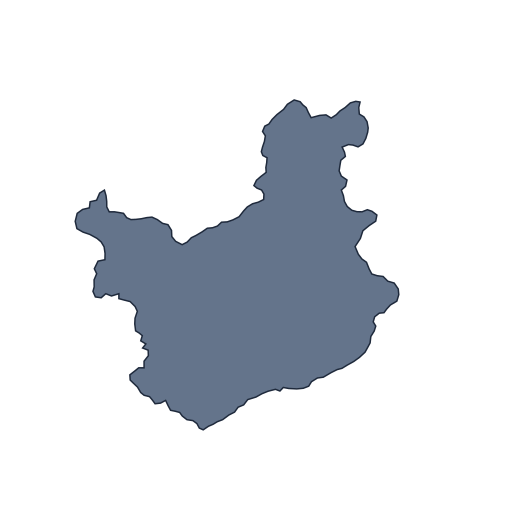 outline of Virgolândia, Minas Gerais, Brazil, rotated 234°
{"feature_id": "56859067B35408041837441", "entity_name": "Virgolândia", "entity_type": "district", "adm_level": 2, "iso_a3": "BRA", "parent_name": "Brazil", "parent_adm1": "Minas Gerais", "projection": "natural_earth1", "projection_center": [-42.302, -18.462], "detail": "fine", "context": "isolated", "style": "filled", "palette": "slate", "viewbox_px": 512, "rotation_deg": 234, "n_neighbors": 0, "source": "geoboundaries", "source_scale": "gbopen_adm2", "svg_char_len": 2890}
<svg xmlns="http://www.w3.org/2000/svg" viewBox="0 0 512 512"><g transform="rotate(234 256 256)"><path d="M359.8,378.6L360.3,370.6L358.4,364.5L358.1,356.1L357.0,349.3L355.2,344.0L355.9,339.4L352.9,334.5L347.7,334.2L343.7,330.1L340.3,325.3L337.2,321.6L333.3,320.6L329.0,322.7L325.3,319.6L321.8,316.0L317.7,313.4L317.5,306.7L317.0,300.9L314.2,295.7L310.3,296.7L306.1,299.3L301.4,298.8L297.2,295.4L298.2,289.5L300.3,283.9L300.8,277.8L299.7,272.4L297.7,265.4L298.8,258.5L300.5,252.8L303.6,248.0L302.9,242.4L304.4,237.4L307.1,232.9L307.2,226.6L307.9,219.4L308.8,214.4L307.7,208.5L308.6,202.9L315.1,199.6L321.2,199.3L326.4,202.7L333.1,203.2L337.3,199.6L343.4,197.6L348.6,194.7L351.2,190.3L353.6,185.0L356.2,180.4L359.0,176.2L363.0,173.9L368.4,173.9L371.6,170.8L374.9,167.5L378.0,163.2L383.4,164.1L387.9,167.3L392.9,170.1L398.4,172.1L398.8,166.5L394.8,159.8L397.4,153.7L392.9,149.5L395.6,143.1L395.6,136.4L390.3,130.1L383.4,127.2L377.0,130.1L371.2,134.2L363.8,137.7L358.4,139.0L352.7,138.5L346.8,135.4L341.8,131.6L344.7,125.2L340.7,117.7L335.3,116.7L331.9,111.0L326.1,106.9L323.2,103.3L317.3,102.0L313.2,106.2L313.8,112.3L308.6,115.6L306.1,122.9L302.1,120.0L297.9,123.4L293.1,127.4L286.2,128.5L281.0,127.5L276.8,121.6L272.3,118.0L266.2,114.6L262.4,116.2L258.4,117.2L255.1,112.9L249.6,115.2L248.2,110.2L243.2,113.4L238.6,110.3L236.7,103.6L231.3,99.7L234.5,95.4L234.2,90.3L234.0,84.1L229.6,81.3L224.9,82.1L219.7,83.1L213.3,82.5L209.1,83.6L204.8,87.2L200.3,87.5L195.8,87.5L193.1,92.3L192.3,98.0L186.5,96.9L181.4,96.2L178.0,99.3L174.3,102.3L169.8,102.3L164.2,103.9L159.9,108.2L155.1,109.7L150.1,109.0L146.4,111.1L146.2,117.5L145.1,122.3L144.7,127.2L143.2,132.8L143.3,140.6L142.3,146.9L144.2,152.6L142.8,158.5L144.7,164.9L141.9,173.1L141.1,179.8L139.5,186.3L136.7,193.4L132.7,196.0L133.6,200.8L129.5,204.7L124.5,210.9L121.2,216.5L119.7,222.1L121.7,227.0L121.2,234.0L118.4,239.2L117.5,248.3L116.4,254.9L114.6,259.5L114.1,265.9L113.2,273.1L113.2,280.3L114.1,287.7L116.3,292.4L118.6,297.2L123.4,301.6L125.8,307.5L128.9,311.7L133.8,312.1L137.1,316.3L137.3,322.1L134.9,326.2L136.3,330.6L137.4,336.0L136.7,343.4L140.8,348.8L145.7,351.7L152.9,351.9L158.2,347.8L164.7,346.8L168.9,342.4L173.4,339.1L179.0,339.9L186.0,341.7L191.4,339.9L197.3,339.8L205.4,341.7L208.8,350.7L213.6,357.3L214.1,365.5L213.8,373.3L218.1,377.9L224.0,376.1L228.0,373.3L229.4,367.8L232.5,363.7L236.7,360.4L242.4,358.9L248.1,359.6L253.5,362.2L259.2,363.8L259.7,369.4L264.0,374.3L270.5,372.0L276.0,373.3L280.1,377.3L283.6,380.9L284.0,386.8L287.9,388.6L293.5,389.7L291.8,396.3L288.8,399.6L284.3,402.7L283.8,408.4L286.6,414.0L290.5,419.1L293.6,422.0L299.4,424.8L305.1,425.1L310.1,423.0L315.7,426.4L319.4,430.7L322.5,427.6L324.4,422.3L323.7,415.3L324.0,409.2L323.1,404.0L323.4,397.9L329.0,395.6L332.3,390.2L335.5,381.9L341.4,382.7L346.6,383.8L350.7,382.7L354.9,382.4L359.8,378.6Z" fill="#64748b" stroke="#1e293b" stroke-width="1.5"/></g></svg>